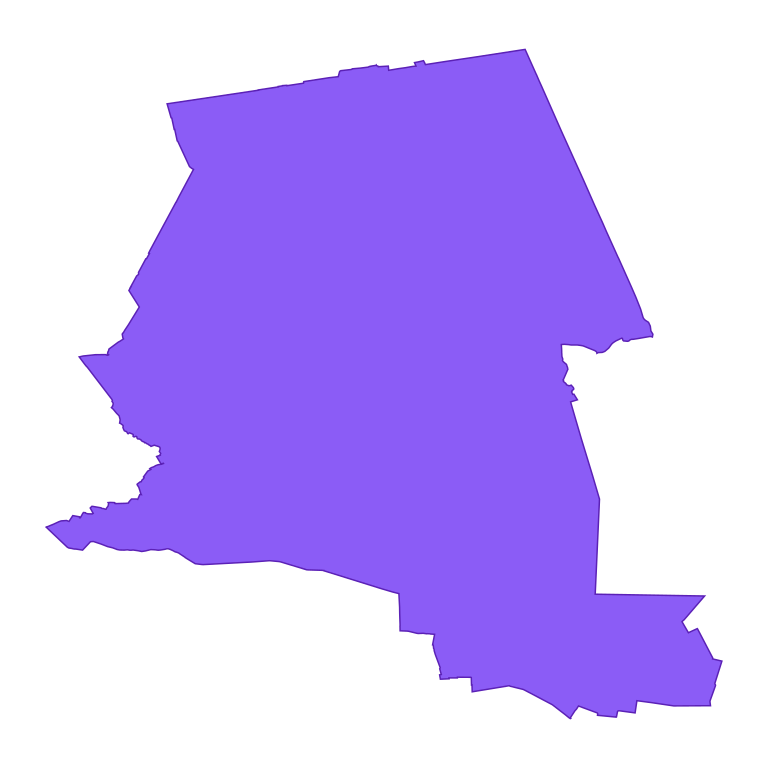 outline of Dalfsen, Overijssel, Netherlands
{"feature_id": "6326949B30235192202446", "entity_name": "Dalfsen", "entity_type": "district", "adm_level": 2, "iso_a3": "NLD", "parent_name": "Netherlands", "parent_adm1": "Overijssel", "projection": "equal_earth", "projection_center": [6.266, 52.512], "detail": "fine", "context": "isolated", "style": "filled", "palette": "violet", "viewbox_px": 768, "rotation_deg": 0, "n_neighbors": 0, "source": "geoboundaries", "source_scale": "gbopen_adm2", "svg_char_len": 5958}
<svg xmlns="http://www.w3.org/2000/svg" viewBox="0 0 768 768"><path d="M46.1,527.1L67.3,547.2L68.8,548.0L72.5,548.6L72.9,548.8L75.1,549.1L75.5,549.0L82.6,550.1L90.5,541.7L93.4,541.5L101.2,544.1L107.6,546.6L112.6,547.8L117.1,549.5L119.8,550.0L124.2,550.1L127.4,549.8L129.9,550.2L131.1,550.2L133.1,550.0L138.5,550.8L141.7,551.5L145.6,550.9L150.8,549.6L155.2,549.8L157.2,550.1L158.5,550.2L160.6,550.0L164.9,549.3L166.8,548.8L168.3,548.8L170.2,549.4L173.5,550.9L174.4,551.5L175.5,552.0L175.7,551.9L178.5,552.9L180.2,554.1L185.2,557.4L185.2,557.6L195.2,563.7L201.7,564.5L203.1,564.6L252.0,562.0L269.4,560.7L270.9,560.8L279.3,561.6L281.0,562.0L306.7,569.8L308.2,569.9L321.7,570.3L323.7,570.5L323.9,570.5L323.9,570.8L325.9,571.4L382.4,589.0L393.0,592.1L398.9,593.6L399.6,607.2L399.7,613.3L400.1,625.6L400.0,625.8L400.1,630.8L407.2,631.1L408.7,631.3L416.9,633.3L418.1,633.5L423.2,633.3L426.7,633.8L427.3,633.7L430.0,633.8L430.4,634.0L434.6,634.3L432.6,644.8L432.9,644.8L433.2,645.1L433.5,647.2L433.6,648.4L434.1,649.3L434.2,650.8L435.3,654.5L440.2,667.7L439.7,668.8L441.3,674.5L439.8,674.7L439.6,674.8L440.4,679.2L449.1,678.8L449.0,677.9L457.4,677.9L457.4,677.2L470.9,677.3L471.0,677.5L471.3,677.6L471.5,685.0L472.0,684.9L472.2,691.8L509.3,685.7L510.0,686.2L523.1,689.4L524.6,690.1L552.3,704.7L565.4,714.8L568.8,717.6L570.3,718.6L570.8,718.3L570.5,717.9L570.6,717.4L575.0,710.7L576.5,709.1L578.5,706.0L596.9,712.8L597.4,713.1L597.7,713.6L597.5,715.3L616.0,717.1L616.0,716.8L616.5,716.8L617.5,711.6L617.7,711.2L618.5,710.8L619.5,710.8L635.1,712.9L636.9,700.7L651.3,702.6L673.7,705.9L710.5,705.7L710.0,702.0L710.0,701.3L710.2,700.4L715.5,685.6L715.5,685.0L714.9,683.9L714.9,683.2L721.9,661.1L712.6,658.9L712.8,658.3L712.7,657.9L697.6,629.0L697.3,628.6L688.4,632.7L682.0,621.7L683.3,620.4L684.0,619.9L704.6,596.0L595.2,594.2L599.5,499.1L592.6,475.7L581.2,438.3L575.4,418.5L570.6,401.9L577.4,399.8L573.9,394.2L572.7,394.4L571.6,391.9L571.6,391.6L572.1,391.2L572.1,390.5L573.3,389.7L573.8,389.0L573.6,388.1L573.2,387.4L571.6,385.6L571.4,385.2L570.9,385.2L570.0,385.6L568.8,385.7L566.4,384.7L566.0,383.6L563.8,381.8L563.3,381.1L563.3,380.3L563.5,380.2L563.2,379.6L563.6,379.1L564.4,377.3L567.9,369.2L567.7,368.6L567.5,367.3L566.8,365.7L566.8,365.1L565.9,363.8L564.9,363.1L563.1,361.5L562.5,360.5L562.8,359.1L561.9,356.4L561.8,353.9L561.7,352.6L561.7,351.2L561.6,348.6L561.3,344.5L564.4,344.3L568.5,344.6L571.2,345.0L577.4,345.0L581.1,345.5L583.2,345.9L594.8,350.6L596.0,351.4L596.6,352.0L596.8,352.3L596.9,353.3L598.2,352.6L602.3,352.4L604.8,351.4L608.7,348.1L611.2,344.7L612.3,343.4L613.9,342.2L615.9,340.9L620.8,338.6L621.7,338.2L622.4,338.4L622.7,339.9L623.5,340.9L627.5,341.3L628.8,341.0L629.9,340.0L631.2,339.4L631.9,339.3L633.1,339.3L637.7,338.6L649.8,336.5L651.2,336.6L652.4,337.0L652.9,334.2L650.9,330.9L650.3,326.1L648.5,322.3L645.5,320.4L644.8,319.8L643.7,318.6L643.1,317.5L640.6,309.1L635.9,297.3L631.6,287.4L618.5,258.1L618.0,257.2L606.3,231.3L602.7,223.0L594.7,205.5L583.2,179.4L575.6,162.6L561.4,131.1L541.3,85.6L539.1,80.8L536.4,74.5L536.2,74.2L525.1,49.4L472.4,57.5L445.4,61.5L425.4,64.6L424.7,62.9L423.5,60.7L417.8,62.0L414.5,62.6L416.0,66.1L412.8,66.4L405.4,67.7L398.8,68.6L388.7,70.3L388.3,66.1L378.4,66.7L378.4,66.4L376.1,65.4L376.1,65.1L375.7,65.4L370.6,66.2L370.2,66.3L370.3,66.4L369.1,66.6L368.3,67.1L360.3,68.1L352.4,68.8L352.4,69.0L352.1,69.1L351.2,69.5L340.7,70.7L339.9,71.2L339.6,71.6L338.2,76.7L329.2,77.7L303.8,81.6L303.7,81.7L303.5,83.2L286.9,85.7L286.8,85.3L282.6,85.6L282.6,85.8L278.2,86.5L278.3,86.9L258.4,89.9L258.5,90.2L167.1,103.8L171.1,117.8L171.8,118.1L174.2,129.4L174.7,129.3L177.2,140.9L177.8,141.3L189.5,166.6L191.6,168.3L193.5,169.4L179.3,196.0L176.5,201.5L176.4,202.0L176.0,202.2L150.1,250.2L148.6,253.2L149.0,253.4L149.8,252.9L146.5,258.7L145.8,258.8L138.5,272.4L138.6,274.2L138.4,274.5L136.6,276.0L130.5,287.2L130.8,287.1L128.9,290.5L139.3,307.0L128.2,325.1L124.9,330.0L123.3,332.8L123.0,332.9L122.2,334.1L122.9,337.9L123.5,338.9L120.0,341.2L118.3,342.1L109.0,349.0L108.2,351.8L107.9,351.9L107.4,354.3L108.6,354.6L108.5,355.0L107.2,355.3L105.5,354.6L95.4,354.7L83.1,356.0L79.2,356.9L84.6,364.1L86.2,366.1L87.3,367.2L111.9,399.4L112.4,400.5L112.0,401.2L112.0,401.5L112.8,402.4L113.2,403.6L113.0,404.9L112.6,405.5L112.7,406.1L111.4,407.6L113.1,409.1L116.7,413.4L119.1,415.8L120.1,419.5L120.0,420.9L119.6,423.1L120.4,423.4L122.8,425.2L123.2,426.0L122.9,427.4L123.6,429.3L124.3,430.7L125.2,431.2L126.5,431.6L126.9,432.1L127.6,433.4L127.8,433.6L128.3,433.7L129.4,432.8L132.8,434.2L133.2,434.6L133.3,435.0L133.0,436.1L133.5,436.7L134.2,436.9L135.6,436.4L136.2,436.4L136.8,436.8L137.1,438.2L137.7,438.9L138.3,439.0L139.3,439.0L139.8,439.2L140.6,439.8L141.1,440.0L141.5,440.7L142.1,441.2L142.9,441.6L143.7,441.7L144.7,442.8L145.2,442.6L145.5,442.7L146.6,443.6L147.9,444.1L149.3,445.2L150.2,445.6L151.0,446.4L154.2,445.2L158.8,446.6L159.6,447.1L159.8,447.3L160.2,448.4L160.0,448.9L160.0,449.7L159.4,451.2L159.3,451.6L160.3,452.7L160.7,453.4L160.6,453.8L160.1,454.5L160.3,455.2L156.6,456.5L161.0,463.9L163.4,463.3L163.5,463.5L161.2,464.1L161.3,464.3L158.2,464.7L155.7,465.6L153.7,466.8L151.4,467.6L149.8,468.6L150.8,469.5L147.7,471.1L147.2,471.8L143.5,476.9L144.0,477.3L144.1,477.7L143.2,479.0L142.0,480.0L141.2,481.7L141.0,481.8L140.2,481.8L137.2,484.1L137.1,484.4L137.1,484.7L138.8,487.3L140.9,493.9L141.3,494.6L140.0,494.5L139.8,494.6L137.7,499.4L136.5,499.0L131.5,499.0L129.0,501.8L128.5,503.0L126.2,503.3L115.1,503.6L114.9,503.5L114.8,502.7L114.6,502.6L110.3,502.4L108.1,502.6L108.6,503.5L108.2,505.5L108.0,506.2L106.4,508.3L106.2,509.1L105.8,509.3L105.3,509.2L103.7,508.6L101.7,508.4L101.1,507.8L92.9,506.4L91.9,506.3L90.2,508.0L93.2,513.4L92.3,513.9L91.1,513.9L87.7,513.8L85.7,513.2L85.4,512.7L83.4,512.5L82.6,513.7L80.5,517.5L80.0,517.9L79.6,517.7L79.8,516.9L79.6,516.8L72.8,515.6L69.0,521.4L66.5,520.5L61.1,520.9L58.9,521.7L53.5,524.2L46.9,526.9L46.3,526.9L46.1,527.1Z" fill="#8b5cf6" stroke="#5b21b6" stroke-width="1.5"/></svg>